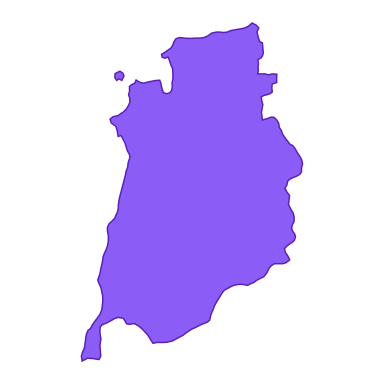 São Luís, Maranhão, Brazil
{"feature_id": "56859067B1800832829345", "entity_name": "São Luís", "entity_type": "district", "adm_level": 2, "iso_a3": "BRA", "parent_name": "Brazil", "parent_adm1": "Maranhão", "projection": "natural_earth1", "projection_center": [-44.287, -2.635], "detail": "fine", "context": "isolated", "style": "filled", "palette": "violet", "viewbox_px": 384, "rotation_deg": 0, "n_neighbors": 0, "source": "geoboundaries", "source_scale": "gbopen_adm2", "svg_char_len": 3293}
<svg xmlns="http://www.w3.org/2000/svg" viewBox="0 0 384 384"><path d="M195.5,327.5L199.8,325.3L202.2,324.1L204.9,323.2L207.5,322.0L209.7,320.1L210.9,314.6L212.8,310.2L215.0,304.7L217.1,301.1L218.7,298.5L222.2,292.8L224.8,289.8L228.1,288.2L231.7,286.2L235.3,284.9L239.9,284.3L242.7,284.4L247.6,285.4L250.9,283.6L253.6,282.6L256.4,280.5L259.9,278.6L263.8,276.7L266.8,272.9L268.8,268.8L271.2,265.7L274.5,263.7L279.2,263.7L282.6,263.7L285.8,262.8L289.7,259.9L287.9,256.1L285.3,252.3L284.5,248.6L286.9,246.0L290.2,243.6L292.7,242.0L294.5,240.0L295.5,236.5L294.5,233.7L292.7,231.4L291.6,228.1L292.4,224.7L294.1,221.5L294.1,216.8L293.2,213.1L291.0,209.5L288.5,204.6L289.6,195.6L286.8,191.8L284.9,188.1L286.7,185.5L287.8,180.9L290.6,178.7L294.2,177.1L297.2,175.9L299.8,174.3L301.5,172.0L301.5,168.0L302.6,163.8L301.6,159.7L299.3,155.5L297.0,152.1L295.2,148.8L293.1,145.9L289.5,143.8L287.8,141.3L285.7,138.7L282.5,134.1L281.3,130.4L279.4,127.6L278.6,123.1L277.0,120.3L274.1,117.4L271.1,117.1L267.6,118.5L262.3,120.0L262.0,116.2L261.4,112.4L262.8,104.7L261.6,99.9L261.2,96.8L264.1,95.4L266.9,94.7L269.6,93.9L272.3,92.0L271.8,87.9L272.2,84.1L276.7,82.5L276.6,78.5L276.8,74.2L272.3,73.9L268.4,74.9L264.8,73.8L260.7,74.0L257.7,73.7L258.4,70.4L258.0,67.3L258.5,63.7L257.8,59.6L260.7,58.2L262.4,56.1L263.3,53.1L262.4,42.9L259.6,41.5L258.1,36.8L257.0,31.8L258.8,28.0L256.4,25.3L252.2,23.0L248.8,25.9L245.3,27.8L241.5,28.7L237.3,29.4L234.3,30.0L230.6,30.6L227.2,32.1L223.4,32.5L220.1,32.1L216.2,32.1L211.7,33.1L207.5,36.1L203.7,37.6L200.5,38.1L196.3,38.1L191.2,38.4L186.2,38.3L182.3,37.8L179.1,37.6L175.8,38.9L173.9,41.9L172.7,45.2L170.9,48.1L168.0,50.1L164.8,52.4L161.5,54.3L162.2,57.2L164.9,58.2L168.1,57.0L169.6,61.0L171.0,65.2L172.6,68.7L172.9,74.2L172.9,78.8L172.1,82.5L172.2,87.1L171.7,90.1L170.0,92.7L166.6,93.7L163.4,92.7L162.2,89.2L161.4,86.3L160.8,83.0L159.7,80.2L154.9,80.6L148.4,81.9L143.6,83.2L139.5,82.2L136.1,80.0L134.8,83.2L131.7,84.6L129.5,86.4L129.5,91.3L128.6,94.6L129.7,98.4L129.9,101.7L129.0,104.5L126.4,109.1L123.1,112.2L120.6,113.7L118.1,115.6L115.3,116.2L112.7,116.9L110.0,119.3L111.4,123.1L115.9,126.3L117.1,130.5L118.2,136.4L121.2,135.6L122.8,138.8L124.9,142.7L127.5,151.1L129.3,154.1L130.0,157.4L128.3,162.0L127.5,167.8L126.1,171.2L125.4,175.1L119.3,198.6L118.3,204.8L118.3,208.2L117.4,212.2L115.9,215.2L114.7,218.3L112.2,220.9L109.1,223.7L107.4,227.5L107.5,231.6L108.4,235.9L108.3,241.2L107.5,245.8L106.3,249.1L104.5,253.2L103.1,256.6L102.8,259.6L101.9,264.0L100.9,268.5L100.3,271.9L99.3,275.7L97.7,280.0L99.1,283.6L100.9,287.5L102.7,296.1L102.8,300.5L102.4,304.7L101.8,309.7L99.9,314.5L98.2,316.9L95.0,321.1L92.2,325.0L90.5,328.5L88.0,330.4L86.6,333.6L85.8,337.3L85.5,340.4L85.0,343.6L84.5,347.8L82.6,352.1L81.4,356.0L82.1,361.0L87.6,358.2L93.1,358.6L99.0,359.5L100.7,356.4L100.4,350.9L99.9,345.4L100.9,339.0L99.9,332.4L100.1,327.6L101.6,325.1L107.2,322.7L112.2,320.0L114.7,318.5L118.3,317.4L123.4,318.3L126.6,323.8L129.8,324.3L134.2,323.5L138.8,326.1L142.3,329.1L147.5,334.7L150.6,339.6L153.0,343.3L157.2,342.4L162.1,342.5L166.6,342.3L170.2,341.5L173.0,340.7L179.1,337.3L182.7,335.5L187.2,332.1L191.7,329.1L195.5,327.5ZM124.0,75.9L122.8,73.1L119.9,71.2L115.1,73.6L114.9,77.8L116.7,80.4L118.9,78.8L121.8,80.4L124.0,75.9Z" fill="#8b5cf6" stroke="#5b21b6" stroke-width="1.5"/></svg>